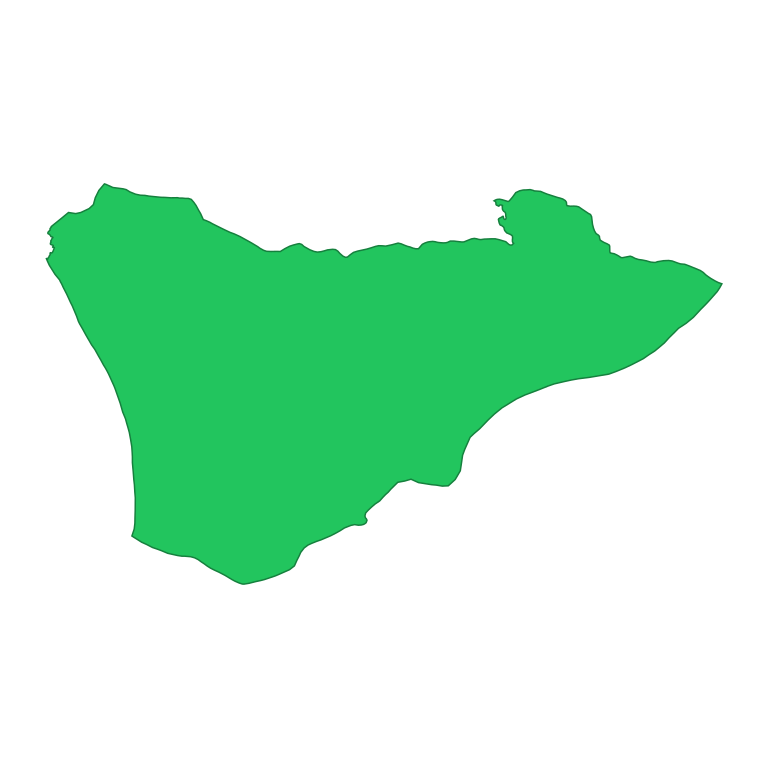 Vilabuly, Savannakhét, Laos
{"feature_id": "54806243B77256668678203", "entity_name": "Vilabuly", "entity_type": "district", "adm_level": 2, "iso_a3": "LAO", "parent_name": "Laos", "parent_adm1": "Savannakhét", "projection": "orthographic", "projection_center": [105.936, 16.913], "detail": "fine", "context": "isolated", "style": "filled", "palette": "green", "viewbox_px": 768, "rotation_deg": 0, "n_neighbors": 0, "source": "geoboundaries", "source_scale": "gbopen_adm2", "svg_char_len": 6037}
<svg xmlns="http://www.w3.org/2000/svg" viewBox="0 0 768 768"><path d="M85.9,335.0L90.3,342.6L91.5,344.7L94.9,349.5L98.6,356.2L100.7,359.8L103.5,365.0L105.2,367.7L107.0,370.9L108.6,374.0L111.5,380.4L113.9,385.7L115.0,388.4L120.2,403.2L122.7,412.0L125.5,418.8L126.8,423.6L127.9,427.3L129.3,432.4L130.6,439.4L131.8,446.8L132.2,452.8L132.4,456.9L132.4,462.7L133.2,471.5L133.8,479.4L134.4,484.7L134.8,491.6L135.3,497.9L135.2,510.8L135.0,517.3L134.9,523.1L134.2,529.1L131.9,536.0L134.2,537.5L138.2,540.0L141.6,542.2L146.7,544.5L152.5,547.5L157.8,549.3L161.8,550.8L167.7,553.3L177.5,555.5L182.0,556.2L184.6,556.2L190.6,556.7L194.6,557.8L198.2,559.6L201.3,561.9L204.2,563.8L207.3,566.1L210.8,568.3L214.6,570.2L219.0,572.2L225.1,575.4L231.9,579.5L235.0,581.2L238.9,582.9L242.2,584.0L244.0,584.1L249.0,583.3L255.7,581.6L260.8,580.5L264.6,579.5L275.3,575.9L278.4,574.6L289.5,569.7L294.4,565.9L296.9,560.3L299.1,556.0L300.7,552.4L304.2,547.9L308.1,545.0L311.8,543.3L316.8,541.3L320.9,539.9L330.8,535.7L336.4,532.8L340.3,530.6L344.5,527.9L350.9,525.4L354.6,524.6L358.4,525.2L361.3,525.0L363.6,524.4L364.7,523.8L366.1,522.7L366.5,521.7L367.0,520.2L366.4,518.9L365.5,517.9L364.9,516.0L365.7,512.9L368.2,510.2L371.6,507.0L375.1,504.0L379.7,500.9L382.7,497.5L385.6,494.5L388.2,492.2L390.9,489.1L397.8,482.3L404.8,481.0L411.0,479.2L418.5,482.6L431.7,484.7L436.3,485.1L442.3,486.1L448.3,485.8L455.2,479.5L460.3,470.8L461.6,462.2L462.6,455.2L464.7,449.5L470.1,437.3L474.0,433.6L479.7,428.7L488.0,420.1L494.2,414.2L501.9,407.9L510.5,402.6L516.5,398.9L524.9,395.0L539.2,389.6L547.9,386.1L554.2,383.9L564.5,381.5L571.4,380.0L578.7,378.7L589.2,377.4L608.9,374.1L616.3,371.4L625.0,367.8L631.8,364.6L643.4,358.6L648.8,354.8L655.0,350.8L664.3,343.0L669.1,337.7L674.6,332.3L678.5,328.3L686.1,323.3L693.4,317.3L700.8,309.3L705.4,304.7L708.6,301.3L717.1,291.7L719.7,287.8L721.9,283.8L718.2,282.5L715.4,281.1L710.9,278.5L708.1,276.6L705.7,274.8L703.3,272.5L700.3,270.5L689.1,265.9L684.8,264.3L680.5,263.9L677.9,263.1L672.2,261.0L668.6,260.5L663.6,260.7L657.4,261.7L655.6,262.4L653.9,262.4L650.8,262.1L646.3,260.8L642.3,260.0L638.6,259.5L635.1,258.4L632.1,256.8L630.2,256.2L622.4,257.7L620.9,257.5L619.3,256.4L616.9,255.0L614.1,253.7L611.9,253.3L610.3,252.9L609.8,251.8L609.7,246.2L609.3,245.1L607.1,243.8L604.1,242.5L601.7,241.1L600.2,240.1L599.6,238.1L599.4,236.3L598.4,235.1L596.1,233.6L594.6,231.1L593.5,228.2L592.5,224.3L591.6,216.7L590.5,214.5L588.4,213.4L582.0,209.1L578.8,206.9L576.6,206.3L573.8,206.1L570.3,206.2L567.1,205.7L566.7,205.1L566.4,202.2L565.3,200.6L562.8,199.0L560.1,198.1L557.7,197.5L547.1,194.1L543.6,192.7L540.6,191.4L537.3,191.1L534.3,190.9L533.2,190.4L530.1,189.6L526.5,189.9L523.2,190.0L519.6,190.8L515.8,192.6L512.6,197.0L509.2,201.0L508.1,201.5L502.1,199.7L499.6,199.2L497.1,199.4L495.2,200.1L494.1,200.8L494.9,201.2L495.4,201.7L495.8,202.2L495.9,202.7L496.0,204.4L496.2,204.8L496.5,205.1L498.2,205.9L498.5,206.1L498.9,206.1L499.2,205.8L499.8,205.1L500.3,204.9L501.7,205.1L502.2,205.3L502.5,205.7L502.2,206.2L502.3,206.5L502.4,208.8L502.5,209.4L502.8,210.0L503.4,210.9L503.8,211.3L504.5,211.8L505.2,212.4L505.5,213.2L505.8,215.0L505.7,215.9L506.2,217.4L506.1,218.0L505.9,218.7L505.6,219.2L505.3,219.4L504.8,219.4L504.4,219.2L503.9,218.8L503.6,218.2L503.5,217.4L503.4,216.8L503.1,216.3L502.3,216.5L501.7,217.2L501.1,217.4L500.0,217.9L498.7,218.8L498.4,219.5L499.2,223.0L499.6,223.8L500.0,224.8L500.6,225.2L501.5,225.4L502.0,225.8L502.4,226.2L503.1,226.6L504.0,227.7L504.2,229.0L504.7,230.5L505.7,231.8L507.0,233.1L507.8,233.3L508.6,233.7L509.6,234.1L510.6,234.6L512.0,235.5L512.4,236.2L512.6,237.9L512.4,239.6L512.4,241.3L512.6,242.0L513.1,243.0L513.6,243.3L512.1,244.9L511.2,245.1L510.8,245.1L510.4,245.1L508.8,244.4L505.8,241.7L499.2,239.7L495.2,238.8L491.7,238.8L484.3,239.1L480.8,239.6L478.8,239.4L476.7,238.8L474.3,238.4L471.4,238.9L463.9,241.9L461.9,242.0L454.1,241.1L450.2,241.1L447.7,242.3L445.7,242.8L443.3,242.9L440.5,242.7L437.8,242.4L435.0,241.7L432.6,241.4L429.6,241.7L427.8,242.0L424.9,243.0L422.3,244.3L418.5,248.7L415.9,248.8L412.9,248.1L410.1,247.0L407.6,246.4L404.4,245.2L401.1,243.8L398.1,243.1L391.8,244.8L388.5,245.5L385.7,246.1L382.2,245.8L378.7,245.7L375.5,246.4L371.5,247.7L366.8,249.1L357.6,251.1L353.5,252.4L350.4,254.6L347.4,257.1L345.4,257.3L342.9,256.1L339.8,253.4L337.9,251.2L335.5,249.6L332.6,249.3L327.4,249.9L324.5,250.8L321.0,251.7L317.3,252.1L313.9,251.4L309.7,249.7L304.0,246.5L301.7,244.4L299.3,243.6L297.2,244.0L293.4,245.0L289.7,246.2L285.0,248.6L280.3,251.5L276.8,251.4L271.0,251.5L266.5,251.3L263.6,250.3L259.8,248.2L257.8,246.7L251.8,243.1L248.8,241.4L240.1,236.6L234.2,233.9L230.1,232.4L224.6,229.8L218.7,226.9L215.3,225.2L212.3,223.7L209.9,222.3L206.3,220.7L203.3,219.6L200.6,213.6L198.6,210.2L196.0,205.4L193.8,202.3L191.3,199.4L188.3,198.4L185.3,198.4L182.4,198.1L179.6,198.1L177.4,197.7L170.8,197.8L165.0,197.4L160.9,197.3L148.9,196.1L145.0,195.4L140.4,195.2L135.6,194.2L129.9,191.9L126.2,189.6L123.0,188.8L112.9,187.5L105.8,184.3L104.4,183.9L98.9,190.4L95.3,197.7L93.4,204.6L89.1,208.6L80.8,212.5L75.7,213.6L68.5,212.5L61.6,218.2L51.2,226.6L51.2,227.2L50.6,227.9L50.2,228.4L50.0,228.8L50.0,229.3L50.1,229.6L50.1,229.9L49.9,230.3L48.7,231.4L48.3,231.9L48.0,232.3L47.9,232.8L47.9,233.4L48.0,233.6L48.3,233.8L49.3,234.3L50.0,235.0L50.5,235.7L50.9,236.5L52.6,237.1L52.9,237.4L52.7,237.9L52.4,238.2L52.1,238.4L51.5,239.7L50.8,240.9L50.8,241.4L51.0,242.0L51.0,242.3L50.9,242.5L50.4,243.1L50.4,244.0L50.8,244.5L52.8,245.2L53.2,245.5L53.3,246.1L53.2,246.5L52.8,246.7L52.6,247.0L52.9,247.4L53.4,247.3L54.3,247.6L54.0,248.7L53.8,249.3L53.5,250.0L53.2,250.8L53.0,251.4L52.3,252.5L51.8,252.9L51.5,253.0L51.2,253.0L50.8,252.7L50.3,252.8L50.1,253.2L50.1,254.0L50.2,254.6L49.2,256.1L49.1,256.5L48.9,257.0L48.3,257.7L47.9,258.2L47.6,259.3L47.2,259.4L46.9,259.3L46.1,258.0L47.5,261.3L49.4,265.4L52.2,269.8L55.0,274.3L59.6,279.9L60.3,281.5L61.7,284.0L63.2,287.3L66.7,294.1L70.6,302.6L72.2,305.7L76.6,316.2L78.4,321.3L79.6,323.8L82.9,329.5L85.9,335.0Z" fill="#22c55e" stroke="#15803d" stroke-width="1.5"/></svg>